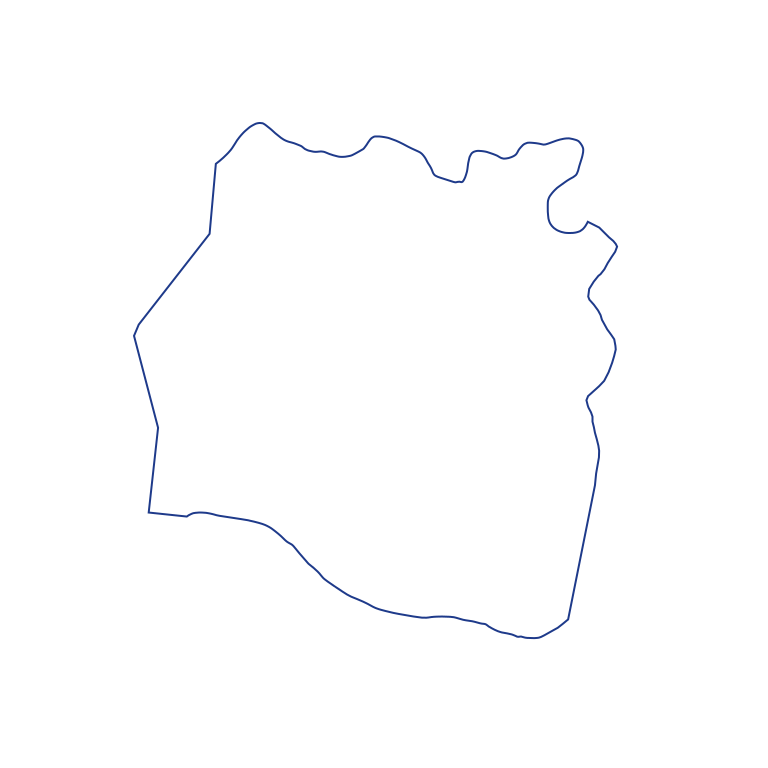 Lauterique, La Paz, Honduras (Robinson projection), rotated 76°
{"feature_id": "27666195B69493881597747", "entity_name": "Lauterique", "entity_type": "district", "adm_level": 2, "iso_a3": "HND", "parent_name": "Honduras", "parent_adm1": "La Paz", "projection": "robinson", "projection_center": [-87.665, 13.861], "detail": "fine", "context": "isolated", "style": "outline", "palette": "blue", "viewbox_px": 768, "rotation_deg": 76, "n_neighbors": 0, "source": "geoboundaries", "source_scale": "gbopen_adm2", "svg_char_len": 6165}
<svg xmlns="http://www.w3.org/2000/svg" viewBox="0 0 768 768"><g transform="rotate(76 384 384)"><path d="M657.0,262.3L533.3,203.8L522.1,199.8L507.2,193.2L500.8,191.4L495.7,190.9L488.9,190.9L482.3,191.1L476.6,190.8L471.0,190.8L466.1,189.6L461.6,190.0L456.4,191.3L454.1,191.5L448.7,191.5L445.1,188.9L441.4,181.9L438.2,175.9L434.2,169.6L426.9,163.2L418.6,157.5L412.7,154.0L406.6,150.8L402.9,150.2L396.3,149.8L391.1,151.7L385.0,154.2L374.4,157.0L369.5,157.2L364.4,158.5L357.8,161.2L351.9,164.3L348.6,164.7L341.4,161.9L335.4,155.7L330.9,149.8L329.8,147.3L326.0,142.4L320.8,137.7L315.8,132.4L311.6,127.7L307.1,124.6L304.3,125.2L300.7,126.9L296.1,130.2L284.3,137.3L275.9,147.0L277.6,148.5L279.2,150.1L280.0,151.0L280.7,151.9L281.6,153.2L282.2,154.4L282.7,155.7L283.1,156.7L283.3,158.2L283.4,159.6L283.4,161.3L283.3,162.5L283.1,164.2L282.7,166.0L282.2,168.2L281.6,170.2L281.0,171.9L280.3,173.3L279.4,175.0L278.5,176.4L277.4,177.9L276.2,179.3L274.9,180.4L273.9,181.3L272.8,182.0L271.2,182.9L269.4,183.6L268.5,183.9L267.1,184.2L266.2,184.3L264.7,184.4L263.2,184.4L260.2,184.0L256.5,183.4L252.3,182.4L249.2,181.6L247.1,181.0L245.6,180.4L244.6,179.8L243.8,179.3L243.1,178.8L242.4,178.2L241.4,177.2L240.7,176.3L239.7,175.1L238.4,173.3L237.3,171.6L236.5,170.2L235.7,168.8L235.2,167.7L234.3,165.5L231.8,159.2L231.0,157.1L230.0,154.0L229.0,150.2L228.6,149.3L228.2,148.3L227.8,147.4L227.4,146.9L226.8,146.2L225.8,145.4L224.0,144.1L219.8,141.8L212.4,137.3L210.4,136.2L207.2,134.7L206.2,134.4L205.3,134.1L204.3,133.9L203.4,133.8L202.5,133.9L201.5,134.0L199.7,134.5L198.6,134.9L197.4,135.4L195.9,136.2L195.3,136.6L194.8,137.2L194.1,138.0L193.4,139.1L192.0,141.6L191.1,143.5L190.6,144.6L190.3,145.5L189.9,147.3L189.6,149.4L189.5,150.8L189.4,154.1L189.5,156.7L189.6,158.2L190.3,164.9L190.5,167.1L190.6,169.2L190.5,170.1L190.3,171.3L189.9,172.2L188.7,174.6L188.1,175.9L187.2,178.0L186.4,180.2L185.5,182.8L185.1,184.2L184.9,185.1L184.7,186.1L184.7,186.8L184.8,187.8L185.0,189.2L185.1,189.8L185.5,190.7L185.7,191.3L186.2,192.1L187.4,194.0L188.8,195.9L189.9,197.1L191.7,198.7L192.8,199.9L193.4,200.8L193.9,202.0L194.2,203.0L194.5,204.4L194.7,205.7L194.8,207.1L194.9,208.5L194.8,209.8L194.7,211.1L194.5,212.3L194.3,213.1L194.1,213.8L193.7,214.4L193.4,215.1L192.8,215.9L192.0,216.8L190.0,218.8L188.9,220.2L187.2,222.6L185.2,225.7L183.7,228.1L182.9,229.7L182.3,231.1L181.6,232.9L181.0,234.8L180.6,236.0L180.4,237.1L180.3,238.2L180.3,239.3L180.4,240.4L180.5,241.1L180.9,242.1L181.2,242.8L181.7,243.5L182.3,244.1L183.4,245.1L184.3,245.9L185.3,246.5L188.1,247.9L190.1,248.9L195.7,251.1L197.5,251.9L198.3,252.3L201.0,253.9L203.0,255.2L204.4,256.3L205.6,257.4L206.2,258.1L206.7,258.7L206.8,259.1L206.9,259.6L206.8,260.2L206.3,261.2L206.0,261.7L205.9,262.4L205.7,263.5L205.7,265.1L205.6,265.9L205.3,266.6L204.6,267.9L198.0,278.6L196.9,280.3L196.0,281.7L195.0,282.9L194.3,283.7L193.8,284.1L193.1,284.6L192.3,284.9L191.6,285.2L190.6,285.4L188.2,285.7L185.9,286.1L183.7,286.7L179.9,288.0L176.2,288.9L174.8,289.3L173.2,289.9L171.6,290.6L170.1,291.4L169.2,292.0L168.5,292.6L167.9,293.1L166.6,294.6L162.3,300.0L159.5,303.3L155.8,307.4L153.0,310.7L150.8,313.5L149.1,316.0L147.0,319.1L146.3,320.2L145.6,321.6L144.6,323.8L143.6,326.2L142.6,328.9L142.2,330.5L141.7,332.6L141.6,333.5L141.7,334.3L141.9,335.0L142.3,336.3L142.7,337.1L143.5,338.3L144.5,339.5L145.6,340.8L147.6,342.9L149.2,344.8L150.6,346.6L150.9,347.1L151.2,348.0L152.4,352.2L153.5,356.3L154.2,359.3L154.4,360.8L154.4,361.9L154.3,363.9L154.1,366.6L153.9,367.7L153.6,369.3L153.2,370.8L152.9,371.7L152.5,372.8L151.8,374.2L149.7,378.0L148.6,379.7L147.7,381.2L145.7,383.9L144.9,385.0L144.2,386.1L143.8,387.0L143.3,388.3L143.0,389.4L142.5,392.7L142.3,393.8L141.9,395.2L141.4,396.5L140.5,398.3L139.4,400.5L138.7,401.6L137.8,402.7L136.9,403.8L135.9,404.6L134.0,406.0L133.1,406.8L132.4,407.7L130.3,410.6L128.7,412.9L127.4,415.1L126.1,417.5L125.3,418.8L124.0,420.6L122.5,422.3L120.2,424.4L117.7,426.3L114.4,428.8L110.2,431.6L108.4,432.9L104.5,435.9L103.3,436.9L102.2,438.0L101.6,438.8L101.2,439.9L100.7,441.3L100.5,442.5L100.4,443.7L100.4,445.1L100.6,446.3L101.0,448.0L101.4,449.5L101.8,450.8L102.3,452.2L103.0,453.7L104.6,456.9L105.4,458.4L106.3,459.9L108.1,462.6L109.8,464.9L111.2,466.6L111.9,467.5L115.1,470.8L118.2,474.1L119.7,475.9L121.1,477.9L122.0,479.2L123.3,481.3L125.6,485.3L127.8,489.6L129.7,493.9L196.1,516.9L267.0,607.6L276.8,614.9L371.8,613.8L451.8,643.4L464.9,607.4L464.1,605.3L463.6,603.0L463.4,602.1L463.3,601.1L463.2,600.3L463.3,599.3L463.4,598.1L464.0,594.4L464.2,593.5L465.0,590.8L466.0,587.7L467.1,585.2L468.1,583.1L469.2,581.0L470.8,578.2L472.1,575.5L480.5,555.4L483.4,548.7L484.3,547.0L486.0,543.6L488.4,539.2L490.3,536.0L492.0,533.5L493.3,531.9L494.9,530.1L496.4,528.6L497.8,527.4L500.3,525.4L503.6,522.9L506.6,520.8L511.3,517.9L512.6,517.0L513.3,516.5L514.3,515.6L515.2,514.7L516.9,512.9L517.6,512.2L518.2,511.8L519.1,511.2L520.5,510.5L527.9,507.0L538.9,501.4L540.2,500.7L541.4,499.8L545.8,496.5L546.9,495.8L549.9,493.8L552.2,492.5L553.7,491.8L556.4,490.5L557.7,489.8L559.0,488.9L562.1,486.4L567.8,481.4L575.5,474.4L577.7,472.3L579.3,470.8L580.9,469.0L582.4,467.3L583.3,466.1L586.2,462.1L590.0,457.1L592.4,454.2L593.6,452.8L597.5,448.6L599.2,446.5L600.1,445.2L601.4,443.2L602.4,441.5L604.6,437.5L608.3,430.4L610.6,425.5L616.7,411.7L618.7,406.7L619.9,403.7L620.4,401.8L621.0,399.5L621.3,397.5L621.6,394.3L622.0,391.7L622.5,389.1L623.1,386.5L623.6,384.2L624.7,380.3L625.9,376.1L626.5,374.5L627.2,372.6L628.3,370.5L630.4,366.9L631.9,364.3L633.1,361.7L635.5,355.9L636.6,353.7L638.0,351.2L639.4,348.7L640.2,347.0L641.0,344.8L641.5,343.8L641.9,343.3L642.4,342.8L642.8,342.5L643.5,341.9L644.6,341.1L645.4,340.2L647.0,338.6L649.3,336.0L650.3,334.7L651.4,333.3L652.8,331.1L653.6,329.7L655.7,325.0L657.2,322.0L657.8,320.8L658.5,319.7L659.3,318.6L660.1,317.5L661.0,316.4L661.4,315.9L661.6,315.3L661.8,314.7L661.9,314.3L662.0,313.2L662.2,312.1L662.6,311.4L663.6,309.6L664.3,308.3L665.0,306.5L665.7,304.0L666.9,299.8L667.2,298.2L667.5,296.3L667.6,295.0L667.5,293.9L667.4,292.8L667.1,291.4L666.6,289.2L664.0,279.7L662.9,275.6L662.6,274.4L662.4,274.0L660.0,268.6L657.6,263.6L657.0,262.3Z" fill="none" stroke="#1e3a8a" stroke-width="2"/></g></svg>